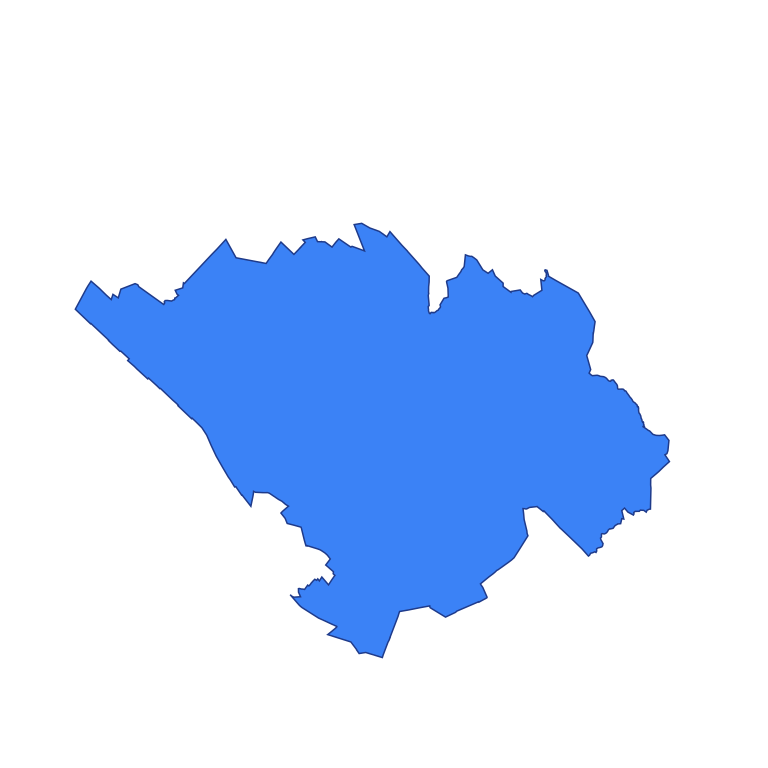 outline of Beļavas pag., Gulbene, Latvia, rotated 50°
{"feature_id": "27541924B57047213850381", "entity_name": "Beļavas pag.", "entity_type": "district", "adm_level": 2, "iso_a3": "LVA", "parent_name": "Latvia", "parent_adm1": "Gulbene", "projection": "robinson", "projection_center": [26.768, 57.248], "detail": "fine", "context": "isolated", "style": "filled", "palette": "blue", "viewbox_px": 768, "rotation_deg": 50, "n_neighbors": 0, "source": "geoboundaries", "source_scale": "gbopen_adm2", "svg_char_len": 6146}
<svg xmlns="http://www.w3.org/2000/svg" viewBox="0 0 768 768"><g transform="rotate(50 384 384)"><path d="M602.1,486.7L604.9,476.0L604.8,474.2L611.6,451.6L612.1,451.6L613.9,442.7L613.6,442.1L613.1,441.9L612.3,441.7L603.4,439.1L600.3,438.8L599.1,438.6L599.2,427.8L599.5,422.5L599.5,420.0L599.3,417.4L599.6,416.1L600.6,403.5L600.8,399.5L600.7,396.1L597.7,386.5L592.8,371.3L590.4,370.4L588.4,369.0L577.8,363.7L573.1,360.4L568.8,357.6L569.6,356.7L571.0,355.6L571.2,355.3L571.5,354.6L572.0,352.2L572.2,351.7L575.5,346.7L576.0,346.0L576.2,345.5L576.5,345.5L583.9,344.0L583.8,343.8L583.9,343.1L595.6,342.2L607.7,341.7L609.4,341.4L619.8,340.2L637.5,338.3L647.2,338.0L647.3,336.6L646.7,335.2L646.7,334.7L646.6,334.3L646.6,334.0L647.1,333.3L647.6,332.0L648.0,330.5L648.2,330.3L649.3,329.9L648.8,328.6L648.4,328.2L647.0,327.2L646.9,326.9L647.1,325.7L647.3,325.0L648.0,323.8L648.7,322.0L648.7,321.4L648.5,320.8L648.2,320.2L647.3,319.1L647.1,318.8L642.6,317.9L641.2,317.2L641.0,315.8L638.7,313.9L638.8,313.1L640.4,311.7L640.7,311.0L641.0,309.3L640.7,307.6L640.0,306.0L640.0,304.4L640.1,304.0L640.4,303.7L640.6,303.7L641.8,301.3L641.0,298.0L641.5,295.1L641.4,295.0L643.1,292.5L640.0,288.4L641.6,287.1L633.8,283.2L633.7,279.5L638.9,279.5L644.7,277.2L644.2,276.0L643.0,275.3L643.0,273.5L645.6,270.3L645.4,268.7L647.8,266.2L650.7,265.5L649.8,263.6L650.5,261.1L651.1,260.3L635.3,246.4L632.8,244.7L627.8,240.4L627.7,229.7L627.2,223.3L626.9,215.2L618.8,214.3L619.2,212.0L617.6,209.4L610.4,202.0L603.3,201.7L602.0,203.9L600.5,206.1L599.5,207.2L598.2,208.6L595.7,210.2L595.1,210.4L590.7,210.7L589.5,211.3L585.1,212.4L583.2,213.0L583.1,212.9L583.9,212.2L584.0,211.9L582.3,211.4L582.3,211.1L581.3,210.8L580.4,210.0L580.0,209.8L579.8,209.8L579.9,210.4L579.7,210.5L578.3,210.1L576.7,209.2L575.7,209.1L573.4,207.8L571.0,207.2L570.4,207.3L569.3,206.9L567.5,205.7L566.4,204.7L565.6,204.2L564.8,203.9L564.3,204.5L564.1,204.4L563.8,204.0L562.3,203.6L561.7,203.8L560.0,203.8L557.6,204.5L555.3,204.0L553.6,203.9L552.1,204.0L549.4,203.7L547.1,203.6L545.4,203.3L544.8,203.3L544.5,203.4L544.0,204.0L542.6,203.9L542.0,204.0L541.5,204.3L541.0,204.8L538.6,207.8L537.9,208.0L537.6,207.9L535.5,206.4L534.3,206.0L533.6,205.9L531.7,205.9L528.6,205.7L528.4,205.7L527.9,206.1L527.6,206.9L527.1,207.4L527.1,207.6L527.5,208.3L527.5,208.6L527.4,209.0L527.1,209.2L525.9,209.8L525.3,209.9L523.1,209.9L521.6,210.1L519.6,211.0L517.5,213.0L516.8,213.6L515.8,214.0L514.3,215.1L511.5,219.1L510.1,219.5L507.5,219.9L505.8,216.4L492.5,210.4L491.2,207.5L486.4,197.4L485.3,196.3L480.2,191.7L480.3,191.7L478.2,189.2L474.9,185.6L471.9,182.2L460.6,180.1L439.2,176.7L416.3,185.4L407.2,188.7L406.6,188.2L401.7,186.1L400.2,187.1L400.2,187.7L401.4,188.3L402.7,188.2L404.3,189.0L405.0,189.9L406.1,190.5L406.7,192.8L407.6,193.5L408.0,194.6L407.3,195.7L404.7,196.7L413.7,202.8L412.3,212.4L412.6,214.1L410.6,214.7L408.2,215.8L406.8,216.1L406.3,216.4L405.6,218.3L403.3,219.4L399.5,219.2L394.9,227.0L395.4,227.8L385.9,230.1L383.3,227.9L372.8,229.4L366.2,227.5L366.1,233.1L360.1,234.9L348.6,233.2L344.9,234.0L342.6,234.7L341.7,235.8L340.2,237.0L337.4,238.6L345.6,247.1L346.2,249.2L346.4,251.0L347.3,252.9L348.0,255.8L349.0,259.4L349.0,259.9L345.6,268.9L345.5,269.3L345.5,269.8L345.6,270.1L346.3,270.6L351.7,273.4L358.6,278.8L358.1,280.6L357.1,282.5L356.9,283.0L359.4,290.2L360.9,290.9L361.4,291.4L361.6,291.9L361.8,293.7L362.0,294.3L362.3,295.2L361.9,296.1L361.9,298.2L361.7,299.5L361.5,299.9L360.9,300.2L360.7,300.4L360.8,300.7L359.8,301.4L359.5,301.8L359.5,302.3L359.8,302.9L359.8,303.1L359.8,303.5L359.5,303.7L359.0,303.8L356.7,303.0L355.4,301.9L354.7,301.5L353.3,300.5L353.0,300.2L353.0,299.1L351.7,298.1L344.6,293.2L343.2,291.3L342.8,291.3L341.2,289.9L338.2,287.3L334.9,283.9L330.4,280.0L319.6,280.3L314.4,280.2L297.5,280.7L297.2,280.6L289.4,281.1L271.1,281.5L273.1,287.2L264.1,289.5L255.3,294.6L246.6,297.8L242.7,304.4L269.5,313.4L260.9,318.3L258.0,320.0L257.8,321.4L243.8,325.3L244.4,329.7L245.7,335.8L237.2,337.9L235.0,340.3L234.6,340.4L234.4,341.0L232.2,343.4L227.1,342.1L223.6,349.0L221.5,353.5L224.9,353.3L225.7,360.5L225.8,360.4L226.8,369.7L209.0,371.7L211.3,380.3L212.5,384.4L213.1,386.0L214.6,392.3L215.9,396.8L192.2,416.2L171.6,412.2L173.3,425.3L174.0,432.4L178.7,472.3L177.6,472.6L181.0,476.4L178.0,483.7L182.2,484.8L184.0,484.4L184.1,488.1L183.7,489.1L184.7,490.0L184.7,490.6L184.3,491.2L183.9,493.4L180.7,496.3L179.4,498.0L179.8,499.6L180.9,499.8L181.5,501.6L179.4,502.2L151.8,509.3L149.7,508.8L147.1,510.2L142.2,524.6L147.2,532.2L141.1,534.0L144.0,538.7L137.6,539.6L127.5,540.6L116.9,542.3L118.6,547.8L119.7,550.9L128.3,572.4L149.3,570.1L149.3,569.6L173.5,566.7L173.6,567.1L179.5,566.5L184.1,565.9L189.2,565.3L189.6,564.5L200.9,563.0L201.3,565.3L210.3,563.9L214.0,563.6L228.3,561.7L228.1,560.6L239.4,559.1L243.5,558.7L243.7,558.1L260.6,556.2L265.2,555.5L268.1,555.2L268.2,555.8L286.9,553.7L286.8,553.0L290.8,552.5L300.5,551.6L309.3,552.7L320.0,555.9L331.4,558.9L344.6,561.3L355.4,563.1L358.4,563.3L366.9,564.6L367.4,563.5L377.7,564.5L377.8,564.1L392.1,564.6L386.1,557.0L383.9,554.4L382.4,552.9L384.3,552.1L389.4,546.6L392.5,542.9L394.0,542.0L404.6,539.0L408.1,537.6L412.9,536.8L416.2,535.7L416.3,543.6L416.6,545.9L423.4,546.1L428.6,547.8L433.9,544.0L440.3,539.6L441.2,539.9L452.8,545.6L457.8,547.8L458.7,547.0L458.4,546.8L467.4,541.0L469.8,539.6L471.2,539.1L475.2,537.9L477.1,537.6L478.8,537.4L483.5,537.6L485.2,545.0L495.3,543.4L496.7,544.9L499.0,544.6L500.5,550.1L502.2,555.6L491.9,555.7L493.3,560.1L490.7,560.0L491.1,561.8L489.1,562.5L489.3,565.0L489.6,566.9L489.7,567.8L490.1,569.0L490.4,571.0L490.4,571.3L490.1,571.5L489.0,571.7L490.3,576.9L488.9,578.0L488.3,578.8L486.1,580.4L485.8,581.1L488.5,583.3L493.3,584.7L489.5,589.9L488.4,590.6L486.5,591.2L485.8,591.2L485.8,591.3L498.6,591.1L500.6,590.9L502.6,590.5L521.2,584.6L539.4,576.0L539.8,576.5L539.9,578.8L539.8,588.2L560.3,575.2L569.8,575.7L570.0,575.9L574.5,576.3L577.9,570.6L592.5,561.1L590.9,558.6L584.4,547.0L583.4,544.5L582.3,542.8L582.3,542.5L582.1,542.5L570.9,522.4L569.7,520.6L568.3,518.3L572.9,510.4L578.6,500.0L583.4,491.6L584.3,492.2L585.0,492.4L585.5,492.3L602.1,486.7Z" fill="#3b82f6" stroke="#1e3a8a" stroke-width="1.5"/></g></svg>